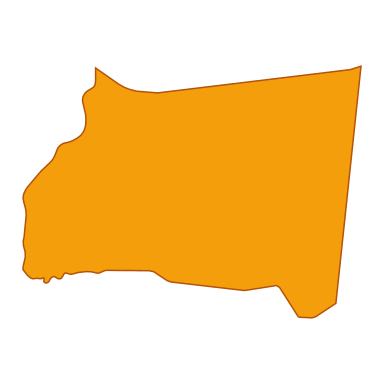 outline of Najran
{"feature_id": "SAU-1096", "entity_name": "Najran", "entity_type": "Region", "adm_level": 1, "iso_a3": "SAU", "parent_name": "Saudi Arabia", "parent_adm1": "", "projection": "natural_earth1", "projection_center": [44.686, 18.237], "detail": "fine", "context": "isolated", "style": "filled", "palette": "amber", "viewbox_px": 384, "rotation_deg": 0, "n_neighbors": 0, "source": "natural_earth", "source_scale": "10m", "svg_char_len": 1470}
<svg xmlns="http://www.w3.org/2000/svg" viewBox="0 0 384 384"><path d="M335.9,303.3L326.4,309.6L316.3,316.3L313.9,317.4L311.2,317.8L300.3,317.3L299.2,317.2L298.1,316.5L291.1,305.5L285.0,295.9L279.6,287.5L276.5,285.5L258.2,288.4L244.6,290.5L224.5,288.2L208.9,286.4L188.4,284.0L170.9,282.0L167.1,280.6L153.7,271.7L149.0,270.7L135.2,270.6L133.1,270.5L122.9,270.5L106.2,270.3L104.4,270.8L99.2,273.0L96.9,273.1L91.3,271.8L86.2,271.6L78.2,272.5L71.9,274.2L70.3,274.3L66.8,273.2L65.2,273.0L64.0,273.9L62.7,276.3L61.5,278.1L59.9,278.9L57.8,278.6L54.6,276.7L53.2,276.5L51.4,277.6L50.1,279.3L49.1,281.2L47.8,282.6L45.9,283.0L44.9,282.7L44.4,282.4L44.1,282.0L43.8,281.2L44.0,279.2L44.0,278.2L43.5,277.9L41.6,278.6L40.1,278.7L36.9,278.3L33.8,278.7L32.3,278.7L30.6,278.0L27.2,275.0L23.0,269.7L23.1,266.6L25.3,256.9L25.1,251.7L23.5,245.7L23.3,243.4L23.3,240.7L24.1,236.9L26.2,215.3L26.0,211.2L25.2,207.2L24.0,202.9L23.1,198.7L23.2,196.2L23.9,193.5L25.6,190.0L27.7,186.8L41.1,171.0L50.4,162.2L53.0,159.1L53.9,157.4L54.9,155.4L56.9,150.2L58.0,147.8L59.8,145.7L61.8,144.2L63.6,143.3L69.3,142.0L73.0,140.5L76.8,138.4L80.4,135.7L81.9,134.0L83.2,132.1L84.2,130.2L85.0,127.8L85.6,125.2L85.9,121.5L85.9,118.1L85.5,113.8L82.6,101.5L82.6,99.1L83.1,96.5L85.2,93.0L87.1,91.2L92.5,87.9L93.8,86.8L94.6,85.6L95.3,83.4L95.6,80.2L95.6,68.0L118.4,84.0L124.3,87.3L128.7,89.1L136.5,91.2L157.7,92.9L350.3,69.6L361.0,66.2L335.9,303.2L335.9,303.3Z" fill="#f59e0b" stroke="#b45309" stroke-width="1.5"/></svg>